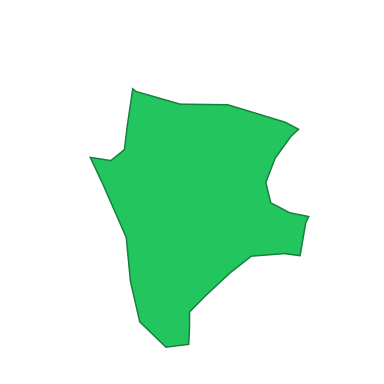 the border of Andrijevica, rotated 231°
{"feature_id": "MNE-1508", "entity_name": "Andrijevica", "entity_type": "Municipality", "adm_level": 1, "iso_a3": "MNE", "parent_name": "Montenegro", "parent_adm1": "", "projection": "robinson", "projection_center": [19.742, 42.708], "detail": "fine", "context": "isolated", "style": "filled", "palette": "green", "viewbox_px": 384, "rotation_deg": 231, "n_neighbors": 0, "source": "natural_earth", "source_scale": "10m", "svg_char_len": 566}
<svg xmlns="http://www.w3.org/2000/svg" viewBox="0 0 384 384"><g transform="rotate(231 192 192)"><path d="M173.7,314.3L173.0,304.0L165.9,277.8L153.0,255.4L134.0,246.4L114.5,254.8L99.5,267.2L99.3,266.8L96.7,261.3L74.5,235.9L86.1,224.9L104.8,197.7L105.2,170.9L102.9,137.1L100.3,114.6L87.8,104.4L75.7,93.6L87.8,74.1L114.3,70.9L124.0,69.7L161.6,88.1L198.0,112.3L254.3,127.7L282.9,134.7L267.5,148.7L267.5,166.2L284.6,183.8L309.2,210.6L309.5,210.9L305.4,211.7L267.8,238.0L237.3,274.7L187.6,308.3L173.7,314.3Z" fill="#22c55e" stroke="#15803d" stroke-width="1.5"/></g></svg>